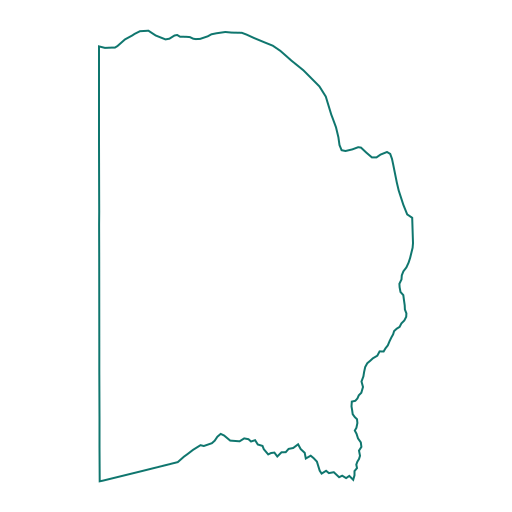 Exu, Pernambuco, Brazil (Equal Earth projection)
{"feature_id": "56859067B93909789229404", "entity_name": "Exu", "entity_type": "district", "adm_level": 2, "iso_a3": "BRA", "parent_name": "Brazil", "parent_adm1": "Pernambuco", "projection": "equal_earth", "projection_center": [-39.683, -7.516], "detail": "fine", "context": "isolated", "style": "outline", "palette": "teal", "viewbox_px": 512, "rotation_deg": 0, "n_neighbors": 0, "source": "geoboundaries", "source_scale": "gbopen_adm2", "svg_char_len": 2308}
<svg xmlns="http://www.w3.org/2000/svg" viewBox="0 0 512 512"><path d="M99.0,46.4L99.0,144.0L99.1,180.5L99.2,211.8L99.1,224.3L99.2,257.9L99.3,353.7L99.3,370.2L99.5,419.3L99.5,435.8L99.5,446.9L99.7,481.3L102.7,480.7L141.8,471.1L177.8,462.1L183.9,456.7L187.5,454.1L190.5,451.8L193.1,449.8L200.5,445.2L203.8,446.0L211.9,443.2L214.7,440.7L217.4,436.7L220.7,433.9L224.1,435.5L230.2,440.6L239.6,441.3L244.2,438.4L248.5,439.2L251.0,441.5L255.1,440.2L257.8,444.5L262.5,445.9L263.8,449.2L268.2,454.4L271.1,453.0L274.4,452.6L277.3,456.5L281.5,452.3L285.7,452.2L288.6,448.9L293.2,448.0L298.1,444.3L300.7,449.1L304.7,452.8L305.8,458.5L310.7,455.7L313.7,458.2L316.9,461.6L319.7,470.7L321.6,473.6L326.1,470.8L328.9,473.1L333.8,472.2L339.1,477.2L342.2,475.7L346.1,478.1L349.3,475.9L353.2,479.8L354.5,475.3L354.5,471.1L357.0,468.1L356.3,464.6L357.4,461.6L359.0,459.0L360.0,455.8L359.0,450.6L361.4,446.9L360.8,442.4L358.0,438.4L356.5,433.7L354.8,430.6L356.4,427.8L357.4,423.0L357.0,419.2L354.8,417.1L352.7,414.2L352.2,410.6L351.5,406.4L351.8,401.6L355.3,400.8L357.4,398.5L358.8,395.3L361.3,392.8L363.0,387.0L361.5,381.5L363.4,376.4L364.1,372.0L365.2,367.0L367.3,363.2L370.3,360.7L372.9,358.3L377.3,355.7L379.6,351.4L383.6,351.5L385.5,348.3L387.8,345.4L389.6,341.1L391.5,337.2L393.1,334.4L394.1,331.1L396.7,328.7L399.6,326.9L401.4,323.4L404.3,320.5L406.2,316.8L406.4,313.4L404.9,309.5L404.7,305.3L403.9,299.6L403.3,295.1L400.5,292.0L399.6,287.2L399.4,283.8L401.5,279.4L401.8,275.3L403.4,271.3L406.4,267.4L408.6,262.6L410.1,258.0L411.2,253.5L412.6,247.8L413.0,243.2L412.2,217.8L407.2,214.4L403.3,204.7L398.7,190.5L396.8,182.5L395.7,177.0L393.1,164.1L392.0,158.9L390.2,153.9L387.0,152.0L380.5,154.6L376.5,157.4L371.9,157.4L366.3,152.6L361.0,147.6L358.2,147.2L352.3,149.4L345.5,151.0L341.6,150.2L339.5,145.1L338.4,137.3L336.0,127.3L332.5,117.8L331.3,114.7L327.4,101.9L325.8,96.6L319.4,86.4L303.4,70.3L291.5,60.7L280.4,50.9L272.8,45.7L264.6,42.4L254.0,38.0L246.6,34.6L241.8,32.8L231.8,32.6L225.3,32.0L216.3,33.3L211.4,34.3L207.8,36.3L200.1,38.9L195.7,39.1L193.2,38.7L189.9,37.1L186.2,36.8L180.0,36.7L177.2,35.0L174.5,35.5L169.4,38.7L165.5,39.4L155.7,35.5L148.4,30.7L145.5,30.9L140.0,31.2L134.6,33.9L132.2,35.5L125.0,39.4L117.4,46.1L114.9,47.6L111.8,47.6L105.0,47.9L99.0,46.4Z" fill="none" stroke="#0f766e" stroke-width="2"/></svg>